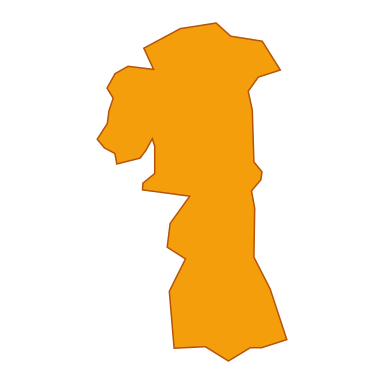 Zinder, Zinder, Niger (Natural Earth projection)
{"feature_id": "23599985B17840081467963", "entity_name": "Zinder", "entity_type": "district", "adm_level": 2, "iso_a3": "NER", "parent_name": "Niger", "parent_adm1": "Zinder", "projection": "natural_earth1", "projection_center": [8.977, 13.754], "detail": "fine", "context": "isolated", "style": "filled", "palette": "amber", "viewbox_px": 384, "rotation_deg": 0, "n_neighbors": 0, "source": "geoboundaries", "source_scale": "gbopen_adm2", "svg_char_len": 682}
<svg xmlns="http://www.w3.org/2000/svg" viewBox="0 0 384 384"><path d="M116.8,164.0L140.1,158.1L145.8,150.5L152.3,138.7L154.7,146.3L154.7,173.5L142.9,183.2L142.5,189.9L189.7,196.2L170.1,223.5L167.2,247.2L185.5,258.9L177.4,275.0L169.3,291.3L174.1,348.2L205.3,346.7L228.4,361.0L250.3,347.7L261.6,347.7L286.8,339.6L270.1,288.9L253.9,257.2L254.7,208.3L251.5,190.8L260.8,179.9L262.0,171.9L253.9,161.9L252.3,110.2L248.2,91.2L258.3,77.1L280.3,70.0L262.2,41.2L230.7,36.2L216.1,23.0L180.3,28.6L143.8,48.2L153.6,69.4L128.0,66.3L115.1,73.6L107.0,88.1L113.2,98.2L108.9,111.0L107.3,123.6L97.2,139.2L104.4,147.9L114.9,153.5L116.8,164.0Z" fill="#f59e0b" stroke="#b45309" stroke-width="1.5"/></svg>